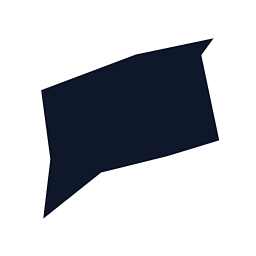 map outline of Umm Salal (Albers equal-area conic projection), rotated 78°
{"feature_id": "QAT-1107", "entity_name": "Umm Salal", "entity_type": "Municipality", "adm_level": 1, "iso_a3": "QAT", "parent_name": "Qatar", "parent_adm1": "", "projection": "albers", "projection_center": [51.351, 25.463], "detail": "fine", "context": "isolated", "style": "filled", "palette": "ink", "viewbox_px": 256, "rotation_deg": 78, "n_neighbors": 0, "source": "natural_earth", "source_scale": "10m", "svg_char_len": 280}
<svg xmlns="http://www.w3.org/2000/svg" viewBox="0 0 256 256"><g transform="rotate(78 128 128)"><path d="M58.8,27.6L71.6,41.9L158.3,42.1L162.9,95.3L165.2,163.8L197.5,228.4L142.6,209.7L73.6,204.4L58.5,104.8L58.8,27.6Z" fill="#0f172a" stroke="#020617" stroke-width="1.5"/></g></svg>